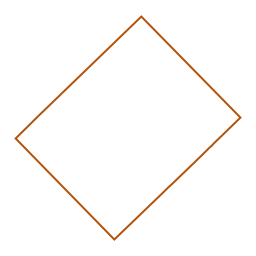 the district of Furnas, Nebraska, United States of America, rotated 316°
{"feature_id": "52423323B60965561562081", "entity_name": "Furnas", "entity_type": "district", "adm_level": 2, "iso_a3": "USA", "parent_name": "United States of America", "parent_adm1": "Nebraska", "projection": "orthographic", "projection_center": [-99.891, 40.176], "detail": "fine", "context": "isolated", "style": "outline", "palette": "amber", "viewbox_px": 256, "rotation_deg": 316, "n_neighbors": 0, "source": "geoboundaries", "source_scale": "gbopen_adm2", "svg_char_len": 456}
<svg xmlns="http://www.w3.org/2000/svg" viewBox="0 0 256 256"><g transform="rotate(316 128 128)"><path d="M216.1,198.6L215.0,57.1L211.4,57.1L71.7,57.1L39.9,57.5L40.7,198.7L41.7,198.7L42.4,198.7L45.6,198.7L103.6,198.8L104.9,198.8L116.9,198.7L118.0,198.8L122.4,198.9L129.7,198.9L158.7,198.9L170.4,198.8L171.5,198.7L173.9,198.8L176.2,198.9L179.4,198.7L183.9,198.7L187.8,198.7L216.1,198.6L216.1,198.6Z" fill="none" stroke="#b45309" stroke-width="2"/></g></svg>